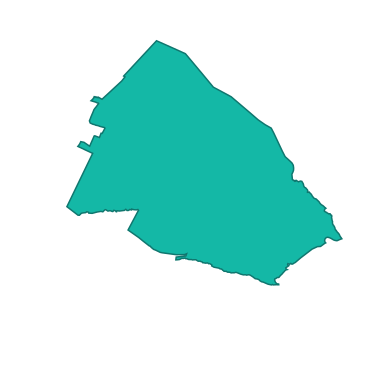 the district of Poiana, Galati, Romania, rotated 137°
{"feature_id": "2599482B29930611837827", "entity_name": "Poiana", "entity_type": "district", "adm_level": 2, "iso_a3": "ROU", "parent_name": "Romania", "parent_adm1": "Galati", "projection": "mercator", "projection_center": [27.265, 46.007], "detail": "fine", "context": "isolated", "style": "filled", "palette": "teal", "viewbox_px": 384, "rotation_deg": 137, "n_neighbors": 0, "source": "geoboundaries", "source_scale": "gbopen_adm2", "svg_char_len": 5102}
<svg xmlns="http://www.w3.org/2000/svg" viewBox="0 0 384 384"><g transform="rotate(137 192 192)"><path d="M114.8,326.8L162.9,323.4L162.5,321.9L163.2,321.8L167.7,321.1L194.6,321.2L195.0,322.6L195.5,324.0L195.8,325.1L196.3,325.0L196.6,325.4L196.9,325.8L197.0,326.0L197.3,326.3L197.0,326.5L197.3,326.7L197.6,326.8L197.7,327.2L197.9,327.8L198.3,327.7L198.4,328.0L198.6,328.4L200.0,327.7L200.3,327.8L200.4,327.7L202.1,327.6L203.6,327.6L203.1,326.7L202.8,326.2L202.4,325.5L202.2,325.2L202.0,324.8L201.7,324.4L201.6,324.1L201.3,323.8L201.2,323.5L201.0,323.0L200.7,322.2L200.3,321.5L199.9,320.9L199.9,320.5L200.3,320.3L201.1,320.2L202.5,319.9L203.3,319.8L204.1,319.6L204.5,319.6L205.3,319.5L206.4,319.3L207.5,319.1L209.4,318.2L210.9,317.5L212.3,316.9L213.0,316.6L213.6,316.3L214.8,315.8L216.3,315.0L218.5,314.0L219.4,311.9L218.3,309.2L217.3,307.7L216.9,306.6L216.2,305.6L215.4,304.5L214.6,302.8L213.4,300.9L212.0,298.7L212.2,298.0L216.9,296.4L217.7,296.2L218.4,297.0L222.5,295.0L223.9,297.6L224.5,298.9L224.8,299.4L225.3,299.7L235.6,295.3L237.1,302.0L239.0,304.7L240.6,304.0L241.6,303.7L242.2,303.6L242.7,303.4L243.0,303.4L244.4,303.2L238.3,288.0L242.4,286.4L293.5,266.6L291.2,252.8L290.2,251.8L289.3,251.9L288.9,251.7L287.8,252.0L286.9,251.6L286.2,251.2L283.8,249.4L282.4,249.3L281.5,247.7L281.9,247.0L279.6,244.5L275.1,242.1L271.8,239.9L270.7,238.3L268.1,238.4L267.2,238.0L266.5,235.4L264.6,234.2L263.6,232.1L263.1,231.7L261.6,231.9L260.8,230.4L260.9,229.2L260.6,229.0L260.0,229.5L259.5,229.3L258.2,227.7L257.4,227.1L253.9,224.6L252.2,224.5L252.1,222.7L250.8,221.7L249.5,221.7L249.1,221.3L248.8,220.4L248.4,220.1L247.8,220.6L246.5,218.6L244.8,216.8L243.5,216.1L243.6,215.1L264.7,207.8L262.0,195.0L261.2,189.1L260.0,181.6L259.5,181.0L259.6,179.2L259.2,176.2L258.3,174.4L256.4,169.5L255.2,167.8L246.1,156.7L240.1,151.3L238.0,150.5L240.1,149.4L243.8,152.1L247.9,155.2L250.1,153.4L249.6,152.9L247.3,151.2L245.8,150.7L245.1,150.6L244.4,150.1L243.7,149.3L242.8,148.8L242.1,148.3L242.1,147.5L241.4,146.8L241.1,146.5L240.7,145.3L240.1,144.5L238.4,142.9L237.8,141.8L237.1,141.4L235.3,139.7L234.9,137.7L234.3,136.8L233.1,135.7L232.9,134.8L232.4,134.3L232.3,133.6L232.4,133.0L231.9,132.5L230.5,130.6L229.0,129.6L228.7,128.1L228.0,127.7L227.6,126.8L227.4,125.8L227.2,125.3L227.6,124.8L228.0,124.5L227.2,122.0L224.7,118.6L224.2,118.0L224.1,117.2L223.7,116.3L223.2,116.0L222.8,114.8L222.9,114.0L222.6,113.0L222.7,112.5L222.6,112.2L221.8,111.3L221.0,110.6L220.8,109.3L219.8,108.3L218.9,107.2L218.6,106.2L217.1,105.0L216.2,104.1L214.8,103.4L214.2,102.6L213.6,101.3L212.4,98.7L210.9,96.3L209.4,95.1L208.8,94.0L206.8,92.7L206.1,91.4L205.3,88.1L205.2,87.0L204.9,86.4L205.0,85.7L204.9,85.5L203.5,83.7L202.8,82.1L202.9,81.0L202.4,79.0L202.2,78.7L201.3,77.4L200.1,74.6L199.2,72.6L197.2,69.8L196.2,69.5L196.0,68.7L195.0,67.9L193.0,66.2L192.7,65.8L191.8,65.0L191.6,65.3L191.4,65.6L191.8,66.1L192.0,66.2L192.3,66.6L192.4,66.9L192.5,67.2L192.5,67.8L192.6,68.4L192.5,69.0L192.4,69.5L192.0,70.4L191.8,70.9L191.2,71.7L190.8,72.0L190.2,71.7L189.5,71.5L188.0,71.4L187.4,70.7L186.5,70.3L185.4,70.5L184.0,70.6L181.9,70.6L180.5,70.8L179.4,70.9L178.5,70.9L177.7,71.1L176.3,70.9L175.4,70.4L175.6,71.0L175.6,71.6L175.3,72.4L175.1,72.6L173.1,72.3L171.6,72.1L171.9,72.8L171.8,73.2L171.5,73.8L170.7,74.2L170.2,73.2L170.0,72.7L169.1,72.4L168.4,72.4L168.3,72.0L168.3,71.5L168.2,71.2L167.7,70.8L167.2,70.6L165.8,70.4L164.9,70.1L164.1,70.0L157.3,69.7L143.0,68.3L137.5,66.5L135.1,64.5L131.6,64.1L129.9,63.9L128.9,63.6L128.9,64.5L128.4,65.7L127.4,66.6L126.2,67.1L124.7,67.0L123.6,66.4L122.5,64.6L122.0,63.3L121.1,60.3L120.4,59.0L119.3,57.6L118.8,57.3L118.3,57.1L117.8,57.0L116.7,56.6L114.3,55.6L114.1,56.9L113.9,58.5L113.6,59.5L113.5,59.8L113.2,60.5L113.1,61.0L113.2,61.5L113.1,62.0L113.0,62.6L113.2,63.3L113.0,64.1L112.9,64.6L113.0,65.0L112.9,65.1L112.8,65.5L112.7,65.9L112.7,66.0L112.9,66.5L112.6,67.2L112.2,68.0L111.7,68.8L111.5,69.9L111.2,70.9L111.2,71.8L111.1,72.4L110.7,73.0L110.1,73.9L109.5,74.4L109.2,74.8L109.0,75.6L108.4,76.4L107.8,77.3L107.6,77.9L106.6,78.6L106.2,79.1L105.9,79.5L105.8,79.9L106.1,80.4L106.2,80.8L105.9,81.4L105.9,82.0L106.9,82.8L107.1,83.6L107.4,84.5L107.5,84.9L107.4,85.2L107.6,85.6L107.8,86.0L108.0,86.4L108.1,87.0L108.2,87.5L108.2,87.8L107.9,88.1L107.5,88.3L107.0,88.7L106.4,88.8L106.0,89.0L105.6,89.1L105.2,88.9L105.2,89.4L105.4,90.0L105.4,91.2L105.5,92.2L105.6,92.9L105.8,93.6L106.1,94.5L106.1,95.6L106.1,96.8L105.8,97.6L105.8,99.2L105.9,100.8L105.9,102.0L106.7,103.5L107.0,104.2L106.9,105.9L106.8,107.1L106.3,108.9L106.4,111.0L106.3,112.0L107.6,112.8L107.7,113.2L106.6,113.8L106.1,114.9L106.1,116.2L106.0,117.3L106.3,118.2L106.5,118.9L106.2,120.1L105.7,120.9L105.3,121.6L104.9,122.6L104.7,123.6L104.4,124.9L105.3,126.1L107.2,126.9L107.9,129.5L108.7,129.3L108.9,129.9L109.4,129.8L109.5,130.5L109.6,130.4L110.1,132.6L106.8,136.9L104.7,137.7L103.0,138.6L102.0,139.5L101.1,140.5L99.7,142.5L99.1,145.0L99.2,147.4L99.8,154.3L98.1,160.3L92.0,179.3L90.5,184.7L92.6,191.3L94.4,199.6L95.5,209.9L98.4,235.0L104.9,254.1L103.9,271.1L102.5,297.6L108.6,312.2L114.8,326.8Z" fill="#14b8a6" stroke="#0f766e" stroke-width="1.5"/></g></svg>